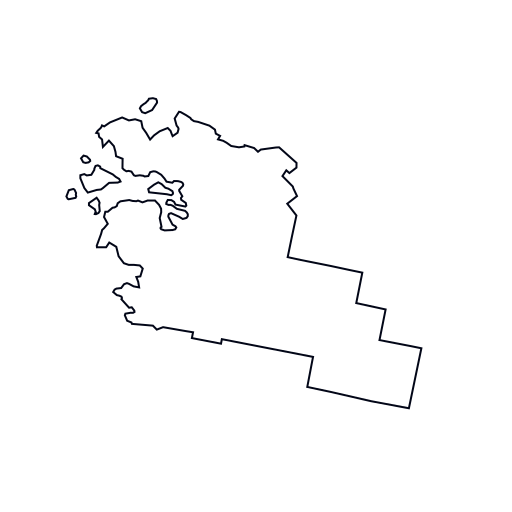 the district of Hancock, Maine, United States of America, rotated 112°
{"feature_id": "52423323B62480653230445", "entity_name": "Hancock", "entity_type": "district", "adm_level": 2, "iso_a3": "USA", "parent_name": "United States of America", "parent_adm1": "Maine", "projection": "orthographic", "projection_center": [-68.461, 44.676], "detail": "fine", "context": "isolated", "style": "outline", "palette": "ink", "viewbox_px": 512, "rotation_deg": 112, "n_neighbors": 0, "source": "geoboundaries", "source_scale": "gbopen_adm2", "svg_char_len": 3983}
<svg xmlns="http://www.w3.org/2000/svg" viewBox="0 0 512 512"><g transform="rotate(112 256 256)"><path d="M339.9,57.2L279.6,68.1L281.6,78.9L287.7,110.0L257.0,115.8L262.1,145.4L231.6,151.2L233.9,163.8L237.2,182.7L238.4,189.1L242.9,212.9L245.2,226.2L224.9,229.9L203.3,233.7L195.8,246.6L185.1,240.4L179.4,246.6L177.8,247.9L172.0,261.4L165.2,260.0L166.6,256.1L158.9,251.6L154.5,253.3L146.6,275.3L148.0,278.3L155.5,291.4L158.6,293.2L156.6,298.2L157.5,308.1L158.8,307.8L161.6,312.5L163.3,320.2L162.0,325.7L161.5,329.6L162.1,334.9L158.1,334.3L157.6,339.1L154.2,341.4L152.6,348.0L153.3,359.4L153.3,359.7L154.2,364.1L153.7,366.4L153.5,367.3L152.6,368.5L151.6,373.6L150.8,379.8L151.1,381.4L159.0,382.9L164.8,378.5L166.1,376.3L167.2,375.4L171.1,374.9L176.1,378.2L174.2,380.1L172.0,382.1L170.4,385.8L176.4,392.0L182.3,395.7L187.7,397.8L183.0,403.9L179.6,409.2L174.0,412.9L174.5,419.3L177.9,424.6L177.7,432.0L186.8,441.4L192.7,445.3L192.6,447.7L194.3,447.7L195.6,448.0L198.6,449.4L199.2,449.7L201.7,450.2L201.3,447.9L204.3,446.1L205.6,442.4L212.2,438.8L204.1,435.6L207.4,428.9L212.1,425.3L215.9,423.1L215.8,416.1L218.7,415.0L224.6,412.7L225.5,410.7L226.0,407.9L224.8,406.0L224.4,403.1L226.9,399.5L226.9,397.8L224.7,394.0L223.8,390.4L224.0,389.1L222.2,385.8L217.9,385.5L216.0,383.0L215.4,381.3L215.3,379.7L216.2,374.3L218.5,369.8L220.6,366.8L219.4,361.0L217.2,360.1L215.8,356.4L215.4,353.2L215.7,351.6L216.8,350.3L218.2,350.0L223.3,352.0L224.4,351.6L228.2,346.7L230.4,347.3L231.9,346.4L233.1,341.0L235.4,339.5L236.6,340.0L238.5,349.9L236.5,352.2L235.9,355.4L237.1,358.8L240.1,359.1L241.4,358.7L241.4,356.2L240.6,354.4L240.6,352.0L241.9,347.1L240.7,338.7L241.6,336.4L242.8,334.9L244.6,334.2L245.9,334.5L246.7,334.7L249.1,337.8L248.4,342.1L248.1,350.8L249.5,352.4L251.0,352.5L252.4,352.0L258.2,345.1L258.6,341.8L259.4,340.6L261.5,340.9L263.2,343.1L263.5,343.8L266.5,350.3L266.7,353.9L266.2,354.8L265.3,355.1L264.4,354.5L256.9,359.5L250.9,360.3L247.7,361.7L244.9,365.0L242.4,370.5L243.6,373.3L245.1,377.2L247.6,380.0L248.8,381.4L248.8,386.2L250.0,387.4L251.2,391.1L251.6,394.5L256.1,402.2L258.9,404.0L261.9,403.8L263.9,405.3L265.0,407.1L270.5,410.0L271.4,412.3L276.8,411.5L281.7,405.5L287.4,407.4L289.4,408.4L293.7,407.9L306.1,407.5L307.5,406.7L304.0,398.2L298.5,397.1L299.6,390.4L299.8,389.0L307.7,383.3L312.2,375.8L311.9,370.6L310.0,366.0L308.3,360.2L309.2,358.2L310.1,356.3L318.2,355.6L320.3,359.1L324.0,355.6L328.9,352.6L330.0,358.1L329.4,363.4L329.5,365.5L331.6,367.8L336.2,369.0L338.5,373.2L340.1,374.5L342.9,374.9L344.4,370.4L344.0,367.8L344.1,365.5L345.2,364.5L346.5,364.6L351.5,354.3L350.1,352.0L352.2,348.4L353.4,347.7L354.7,348.7L355.6,351.0L358.4,355.5L360.1,355.4L364.3,351.2L364.3,346.6L365.4,345.6L359.2,325.5L361.4,320.4L356.8,315.5L351.9,292.8L350.3,285.8L356.1,284.7L355.0,279.0L350.4,255.6L345.9,256.5L328.2,165.3L331.4,164.7L358.2,159.4L354.1,136.2L347.5,94.9L339.9,57.2ZM231.5,434.0L231.2,436.6L232.6,438.5L235.5,438.6L236.7,438.2L242.4,439.1L244.7,443.1L244.4,445.9L246.9,449.1L249.7,448.0L257.3,440.6L260.2,435.7L254.4,428.4L252.4,424.7L250.4,423.4L243.2,419.6L239.7,411.7L237.7,409.5L235.8,411.8L235.2,415.6L234.0,419.3L232.9,433.2L231.5,434.0ZM224.7,370.4L224.3,374.2L228.0,377.2L234.3,381.0L237.0,379.0L232.1,361.7L231.4,357.4L229.9,356.4L228.7,356.5L227.2,357.8L226.4,362.5L226.7,365.6L224.7,370.4ZM147.9,407.4L148.3,410.7L150.3,414.2L152.0,414.3L153.8,415.1L155.4,415.7L157.3,417.1L160.1,418.7L162.6,419.0L165.3,415.5L165.1,412.2L159.6,407.0L151.4,405.3L150.9,405.2L149.4,405.9L147.9,407.4ZM263.6,422.6L261.7,425.6L269.5,430.7L271.5,429.9L273.1,422.9L275.9,420.5L276.6,421.3L277.5,421.2L277.2,420.1L275.2,418.2L272.9,417.7L267.5,420.5L265.2,421.0L263.6,422.6ZM262.3,449.9L262.3,450.5L265.1,454.2L271.8,454.1L273.5,452.0L273.6,451.0L269.7,445.1L268.1,445.0L266.8,446.0L265.0,446.4L262.6,449.0L262.3,449.9ZM227.1,450.1L227.5,453.5L231.0,454.8L233.8,451.3L233.5,448.8L231.9,446.3L230.0,445.3L228.9,446.0L227.1,450.1Z" fill="none" stroke="#020617" stroke-width="2"/></g></svg>